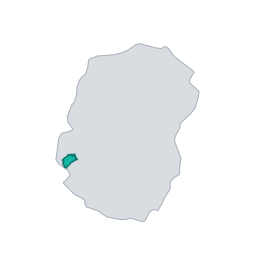 location of Bogovinje, Bogovinje, North Macedonia, rotated 303°
{"feature_id": "65306769B92913941164091", "entity_name": "Bogovinje", "entity_type": "district", "adm_level": 2, "iso_a3": "MKD", "parent_name": "North Macedonia", "parent_adm1": "Bogovinje", "projection": "mercator", "projection_center": [20.886, 41.947], "detail": "fine", "context": "in_parent", "style": "filled", "palette": "teal", "viewbox_px": 256, "rotation_deg": 303, "n_neighbors": 0, "source": "geoboundaries", "source_scale": "gbopen_adm2", "svg_char_len": 2019}
<svg xmlns="http://www.w3.org/2000/svg" viewBox="0 0 256 256"><g transform="rotate(303 128 128)"><path d="M116.6,68.3L120.4,68.8L128.8,66.4L134.1,63.1L136.7,62.6L140.3,61.3L145.4,61.5L150.6,63.0L157.1,61.1L163.6,57.9L166.2,58.7L169.0,61.4L170.9,62.1L181.6,76.1L187.4,81.7L194.3,86.0L202.3,89.1L205.1,92.1L210.1,106.9L212.5,112.5L215.9,114.2L216.7,115.8L216.8,117.9L213.0,128.3L211.5,151.4L210.6,153.2L206.6,153.1L201.4,153.6L199.4,155.4L197.3,167.8L188.9,171.3L181.2,173.3L174.8,172.9L163.5,170.0L159.8,169.6L156.6,171.3L146.5,172.2L142.1,174.4L131.6,188.8L121.1,193.8L117.5,196.3L109.4,193.1L105.6,192.8L100.0,196.5L87.7,196.8L84.4,197.5L75.0,198.1L74.6,196.1L72.9,193.2L68.5,191.8L59.5,193.0L57.3,190.9L53.6,178.6L50.7,176.6L47.5,172.5L42.0,159.1L41.9,153.2L42.2,148.1L39.2,136.1L41.1,133.0L43.9,131.1L43.9,126.3L43.1,118.9L46.4,104.4L47.4,103.3L48.2,104.0L56.3,105.2L58.4,103.3L59.7,100.5L60.2,89.8L62.1,84.9L81.6,75.5L87.4,75.1L91.8,79.4L95.3,82.2L97.4,82.1L98.2,79.3L100.5,74.0L104.5,70.9L116.4,68.3L116.6,68.3Z" fill="#d9dde1" stroke="#a8b0b8" stroke-width="1"/><path d="M74.9,95.0L74.3,94.7L74.2,94.0L73.3,93.7L73.4,93.3L73.0,93.3L73.0,92.9L72.6,92.9L72.5,92.3L71.3,92.4L71.0,92.6L68.5,91.1L67.6,91.0L66.7,90.6L66.1,91.2L65.7,91.0L65.4,90.7L65.4,91.1L65.1,91.4L65.1,92.3L64.6,92.7L63.5,92.3L63.2,92.9L62.6,93.4L62.1,93.4L61.9,94.8L61.3,95.0L61.3,95.3L61.3,95.7L61.2,95.8L60.9,96.0L60.7,96.2L60.5,96.5L60.7,96.9L61.0,97.3L61.3,97.8L61.4,98.1L61.5,98.4L62.3,97.7L63.5,97.6L63.8,97.9L64.0,98.6L64.5,98.4L66.4,99.1L67.2,98.9L68.0,99.0L69.1,99.5L69.8,100.2L70.1,100.0L71.1,100.6L71.5,100.6L71.5,100.8L72.0,101.1L73.6,101.5L73.5,101.8L73.8,101.9L73.7,102.3L74.3,102.3L74.4,101.4L74.1,101.4L74.1,101.2L74.4,101.0L74.5,100.4L74.2,100.1L74.7,99.7L75.1,99.8L75.1,99.5L75.6,99.5L75.8,98.9L76.0,98.9L76.0,98.5L75.8,98.5L76.1,98.3L75.9,98.3L76.4,97.3L76.1,97.3L75.9,97.0L75.6,97.0L75.7,96.8L75.4,96.7L75.8,96.3L75.2,96.0L74.5,96.6L74.0,96.7L74.2,95.6L74.9,95.0Z" fill="#14b8a6" stroke="#0f766e" stroke-width="1.5"/></g></svg>